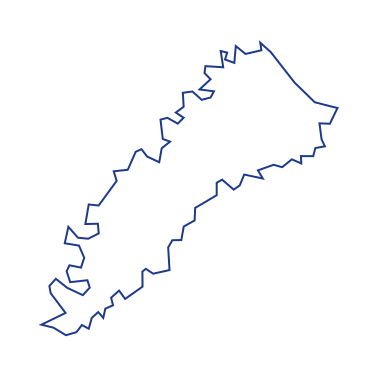 King William, Virginia, United States of America, rotated 96°
{"feature_id": "52423323B734450842646", "entity_name": "King William", "entity_type": "district", "adm_level": 2, "iso_a3": "USA", "parent_name": "United States of America", "parent_adm1": "Virginia", "projection": "mercator", "projection_center": [-77.062, 37.714], "detail": "fine", "context": "isolated", "style": "outline", "palette": "blue", "viewbox_px": 384, "rotation_deg": 96, "n_neighbors": 0, "source": "geoboundaries", "source_scale": "gbopen_adm2", "svg_char_len": 1413}
<svg xmlns="http://www.w3.org/2000/svg" viewBox="0 0 384 384"><g transform="rotate(96 192 192)"><path d="M36.4,139.7L43.8,137.8L49.1,153.2L42.3,163.7L59.2,163.4L56.8,173.0L49.7,171.6L48.8,178.2L64.7,174.0L65.4,191.8L72.4,192.0L77.9,185.3L89.2,195.2L89.6,180.7L96.1,183.4L99.3,192.0L92.0,202.1L94.3,211.5L108.1,209.2L114.7,216.4L119.0,208.1L125.5,213.3L120.8,224.2L123.3,230.9L142.3,226.6L144.2,219.1L151.7,226.7L165.8,227.7L161.4,240.4L154.7,246.7L157.9,252.2L176.6,258.2L179.6,272.0L188.8,268.1L215.2,283.4L215.2,293.4L235.0,294.7L233.4,282.3L242.9,280.4L249.3,290.3L249.4,300.6L239.6,311.3L256.3,313.2L257.1,298.8L268.7,292.3L278.8,294.5L277.7,306.2L283.9,308.4L294.4,303.7L290.7,286.8L297.8,283.7L306.0,289.8L300.4,306.0L292.6,318.3L300.4,324.0L307.4,322.0L325.5,305.1L339.7,327.9L341.4,315.6L347.6,302.4L343.5,292.3L335.8,287.6L338.8,280.4L327.6,278.5L321.2,272.7L326.5,267.1L317.1,266.0L312.9,258.7L305.6,261.4L297.7,254.2L305.3,247.3L291.3,231.3L276.4,233.0L273.2,229.9L277.3,222.1L272.0,206.2L249.6,209.9L242.0,206.5L240.9,197.6L227.2,196.6L220.0,186.4L207.5,187.2L192.6,167.1L180.2,168.4L176.6,163.3L185.3,150.8L180.4,145.2L169.2,141.9L171.2,123.0L163.6,128.7L156.4,113.7L157.9,104.9L149.1,96.1L152.2,86.3L144.9,87.4L143.7,75.2L135.4,73.9L132.7,64.6L126.2,68.6L110.4,72.4L109.7,62.0L93.2,56.1L92.4,62.6L89.9,79.3L72.5,101.4L44.7,128.2L36.4,139.7Z" fill="none" stroke="#1e3a8a" stroke-width="2"/></g></svg>